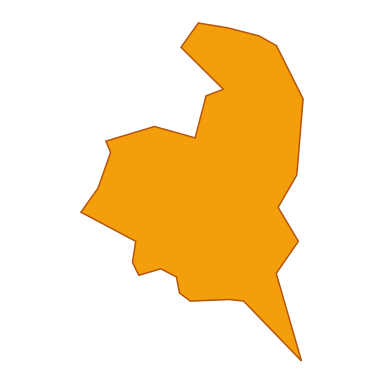 map outline of Pasig (Mercator projection)
{"feature_id": "PHL-5552", "entity_name": "Pasig", "entity_type": "Highly Urbanized City", "adm_level": 1, "iso_a3": "PHL", "parent_name": "Philippines", "parent_adm1": "", "projection": "mercator", "projection_center": [121.099, 14.57], "detail": "fine", "context": "isolated", "style": "filled", "palette": "amber", "viewbox_px": 384, "rotation_deg": 0, "n_neighbors": 0, "source": "natural_earth", "source_scale": "10m", "svg_char_len": 469}
<svg xmlns="http://www.w3.org/2000/svg" viewBox="0 0 384 384"><path d="M276.5,45.7L303.1,99.0L296.8,175.0L278.1,207.4L298.4,241.3L276.2,273.4L301.5,361.0L243.6,301.1L229.6,299.5L190.4,301.1L179.5,293.1L176.4,276.9L160.7,268.8L138.8,275.3L132.5,262.3L135.7,241.3L80.9,212.2L98.1,188.0L110.6,152.4L105.9,141.1L154.4,126.5L195.1,137.9L206.1,95.8L223.3,89.3L181.0,47.3L198.3,23.0L228.0,27.9L259.3,36.0L276.5,45.7Z" fill="#f59e0b" stroke="#b45309" stroke-width="1.5"/></svg>